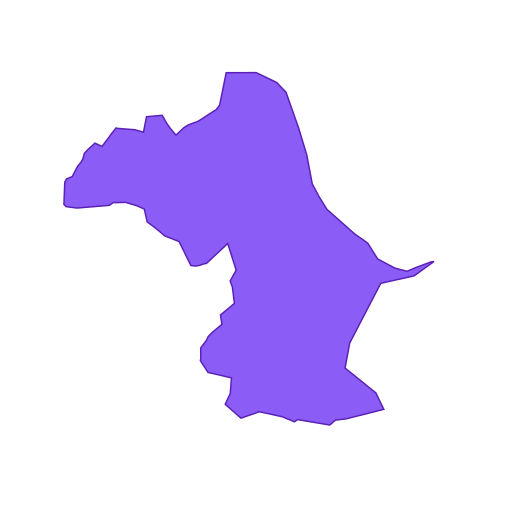 outline of Uruan, Akwa Ibom, Nigeria, rotated 343°
{"feature_id": "59680162B72404517830917", "entity_name": "Uruan", "entity_type": "district", "adm_level": 2, "iso_a3": "NGA", "parent_name": "Nigeria", "parent_adm1": "Akwa Ibom", "projection": "orthographic", "projection_center": [8.031, 5.008], "detail": "fine", "context": "isolated", "style": "filled", "palette": "violet", "viewbox_px": 512, "rotation_deg": 343, "n_neighbors": 0, "source": "geoboundaries", "source_scale": "gbopen_adm2", "svg_char_len": 1380}
<svg xmlns="http://www.w3.org/2000/svg" viewBox="0 0 512 512"><g transform="rotate(343 256 256)"><path d="M172.2,339.8L176.1,353.4L176.8,353.7L196.9,365.4L191.2,379.9L183.2,388.8L194.2,406.7L213.2,405.9L213.3,405.7L234.1,417.4L244.3,425.8L247.9,424.6L258.3,429.8L277.1,439.2L284.0,436.2L294.7,438.1L333.4,440.0L330.6,422.0L308.4,389.2L320.2,366.6L367.3,318.6L401.5,321.2L424.6,313.3L421.5,312.8L405.8,313.8L405.4,313.8L405.2,313.8L396.0,314.8L385.2,308.1L371.5,294.4L366.6,276.3L356.7,263.6L337.5,232.2L333.7,217.9L330.9,203.5L334.1,174.0L334.2,146.8L333.4,127.3L333.3,125.8L332.6,108.2L326.5,96.1L309.8,80.7L281.1,72.0L265.3,101.1L260.8,104.4L253.3,106.4L247.1,108.3L239.5,110.3L229.9,110.8L224.8,112.1L214.8,117.0L211.4,109.0L209.6,103.7L207.4,94.0L192.0,90.8L184.6,104.7L177.0,99.8L160.5,93.3L159.7,92.6L153.4,96.9L150.0,99.5L140.8,106.2L135.0,101.0L126.3,105.1L121.9,107.6L118.7,112.7L115.6,115.5L111.8,117.9L103.5,126.3L97.3,126.9L94.7,129.5L87.4,150.5L88.9,153.3L98.8,157.8L130.6,164.7L134.8,163.2L147.0,166.6L156.6,173.0L162.9,178.4L161.9,191.5L168.0,199.9L174.8,210.3L186.7,219.7L190.9,246.0L195.0,247.9L198.4,248.4L205.2,248.3L206.3,248.7L232.6,235.8L232.9,263.7L224.0,272.3L224.3,279.0L221.6,294.4L221.5,295.0L204.8,302.0L203.4,311.4L192.2,316.1L186.8,319.0L184.0,322.1L176.2,327.8L173.3,337.8L172.2,339.8Z" fill="#8b5cf6" stroke="#5b21b6" stroke-width="1.5"/></g></svg>